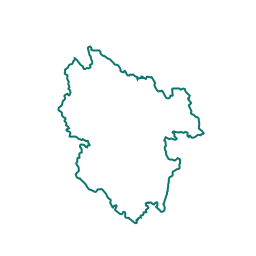 SVG path tracing the border of Gorno-Altay, rotated 58°
{"feature_id": "RUS-2400", "entity_name": "Gorno-Altay", "entity_type": "Republic", "adm_level": 1, "iso_a3": "RUS", "parent_name": "Russia", "parent_adm1": "", "projection": "equal_earth", "projection_center": [87.215, 50.869], "detail": "fine", "context": "isolated", "style": "outline", "palette": "teal", "viewbox_px": 256, "rotation_deg": 58, "n_neighbors": 0, "source": "natural_earth", "source_scale": "10m", "svg_char_len": 5838}
<svg xmlns="http://www.w3.org/2000/svg" viewBox="0 0 256 256"><g transform="rotate(58 128 128)"><path d="M154.8,193.7L151.7,194.0L145.8,195.6L145.2,195.5L144.7,196.5L144.3,196.8L143.2,197.3L142.0,197.5L139.6,196.9L139.1,195.8L138.5,193.0L138.0,192.2L135.5,190.9L134.6,190.7L132.0,190.9L131.2,190.8L130.4,190.5L130.1,190.1L130.0,189.2L126.9,186.9L126.7,186.4L127.0,185.7L127.5,185.3L127.5,184.9L124.3,183.2L123.9,182.5L123.9,181.6L124.2,180.2L121.4,178.6L120.7,178.4L118.6,178.7L117.9,178.3L117.3,177.7L117.0,177.1L117.2,176.6L117.6,175.8L118.8,174.5L119.4,174.1L121.5,173.8L122.7,172.9L121.6,171.8L121.6,171.3L122.2,170.1L122.2,169.6L121.9,169.5L119.9,169.6L118.6,169.0L117.6,169.0L117.2,169.5L116.9,170.4L116.3,171.0L115.7,171.0L114.9,171.7L113.4,172.4L113.7,173.2L113.5,173.9L112.9,174.1L110.9,175.7L109.0,176.2L107.2,177.3L105.4,180.7L104.2,182.0L103.0,180.8L102.2,179.8L101.0,179.5L99.6,180.0L98.2,181.2L97.6,181.4L97.1,181.3L96.7,180.8L97.0,178.2L95.1,178.1L92.9,179.1L92.5,178.9L91.6,177.9L91.0,177.7L90.4,177.7L88.7,178.2L88.2,178.0L87.8,177.5L87.4,176.4L87.0,176.0L86.4,175.9L84.4,177.1L82.7,177.3L81.9,177.1L80.6,176.3L79.9,176.0L78.6,176.3L77.3,177.0L76.1,177.4L74.9,176.8L74.0,175.6L73.8,172.5L73.1,171.4L71.1,169.5L70.6,168.8L70.3,166.8L69.9,165.9L69.2,165.5L67.4,165.1L66.8,164.6L66.7,163.6L66.8,161.3L68.5,161.0L69.0,160.8L69.1,160.2L67.5,158.0L65.5,157.3L64.9,157.2L63.3,157.8L62.9,157.6L62.2,156.1L61.9,155.8L61.4,155.6L59.7,155.6L58.8,155.1L57.4,153.7L55.1,153.7L54.1,153.5L53.2,153.0L52.3,152.1L51.2,151.4L49.0,152.7L47.9,152.6L47.1,151.5L45.4,150.8L45.1,150.1L45.1,147.5L44.5,146.2L43.7,145.1L43.3,143.9L44.0,141.8L43.9,141.0L43.6,140.4L42.6,139.4L42.1,137.6L41.1,136.5L40.7,136.3L41.3,135.9L43.6,135.3L49.1,134.8L52.0,133.6L53.4,134.1L54.6,134.1L55.2,133.3L55.3,131.5L55.4,131.1L56.6,129.7L56.8,129.0L56.7,128.2L56.5,127.6L56.2,127.3L54.4,126.9L54.3,126.5L54.5,125.3L54.5,124.6L54.2,124.1L53.7,123.7L52.7,123.2L49.1,122.5L47.6,121.7L46.0,122.0L38.9,119.7L38.6,119.3L38.6,117.3L38.9,116.8L40.6,116.7L41.3,116.9L42.2,117.7L42.8,117.5L43.7,116.6L47.1,111.2L48.9,111.0L50.1,111.8L50.5,111.9L53.4,111.0L53.9,110.6L54.1,110.0L58.6,108.2L60.4,106.8L62.4,106.5L64.9,105.8L66.7,105.8L67.1,105.6L68.7,103.7L69.3,103.3L71.6,103.0L73.7,103.1L74.6,103.4L75.4,104.0L76.1,104.1L77.9,102.9L78.2,102.6L78.3,101.8L77.8,100.9L78.0,100.4L78.6,100.3L82.1,100.6L83.4,100.3L84.1,99.2L83.7,98.3L83.8,97.9L84.7,97.0L85.4,95.3L87.4,94.8L88.6,94.1L89.5,93.2L89.9,93.2L90.8,93.9L91.8,94.1L91.5,93.6L91.6,92.3L92.3,91.2L92.1,90.7L92.9,90.0L93.1,89.6L91.7,89.1L92.2,88.6L93.7,88.1L95.8,86.9L94.5,84.9L94.6,84.5L95.2,83.8L96.8,82.4L97.1,81.8L97.2,81.1L97.8,81.0L104.1,81.1L104.5,81.3L104.7,82.1L105.0,82.4L106.2,83.0L107.6,83.3L110.7,83.4L112.4,83.1L113.3,82.6L113.6,81.3L114.4,80.5L114.2,79.7L114.6,79.3L116.0,79.2L119.0,79.6L121.0,79.5L122.4,79.7L122.9,79.5L124.2,78.3L124.4,77.8L124.4,76.4L123.4,75.5L123.1,75.0L123.2,74.5L124.1,73.4L124.1,72.9L120.0,70.7L118.8,70.3L118.3,69.7L118.2,69.2L121.1,64.4L121.7,63.6L123.0,63.2L123.6,62.7L123.6,62.3L123.5,61.4L123.6,60.7L124.6,59.5L125.3,59.1L126.6,59.7L128.4,59.8L133.3,58.5L135.0,60.6L134.7,61.2L135.1,61.6L136.2,61.7L139.8,61.2L140.3,61.3L140.5,61.7L140.9,63.4L140.9,64.2L141.1,64.5L147.2,65.3L147.8,65.6L148.5,66.5L148.9,66.8L150.0,66.6L151.9,65.2L154.7,64.6L155.8,63.3L157.6,63.1L159.4,64.2L160.3,64.4L161.5,65.0L163.3,66.0L164.4,67.2L166.1,68.1L167.3,67.8L169.4,66.9L172.5,66.6L172.8,67.3L172.2,69.3L172.6,69.9L172.7,70.3L170.9,72.1L171.1,76.4L170.9,77.4L170.4,78.7L169.9,79.1L167.5,79.4L167.1,79.8L167.1,80.2L167.9,81.2L166.6,81.7L165.8,81.6L163.9,80.1L163.6,80.1L162.8,80.5L162.1,81.1L161.7,81.8L161.5,82.2L161.7,83.0L161.0,84.1L159.8,84.7L159.4,85.1L159.1,86.8L157.1,89.3L155.1,91.0L155.0,91.9L155.4,92.5L157.3,91.8L158.3,92.2L159.5,93.1L162.6,92.3L162.9,92.4L163.2,92.9L163.0,94.1L162.6,94.7L160.0,96.7L159.6,97.2L159.5,98.4L159.2,99.0L155.8,101.0L157.7,103.7L158.0,103.9L158.8,103.4L159.3,103.4L162.9,105.2L163.3,105.5L163.4,106.5L163.7,106.9L165.3,108.0L168.0,108.3L171.1,109.8L175.5,110.0L176.9,109.2L178.2,107.2L180.3,105.8L180.3,103.7L179.8,102.0L180.0,101.6L182.3,100.6L185.1,102.3L186.2,103.8L189.1,105.3L189.4,105.7L189.6,106.5L188.8,108.7L189.0,110.9L188.8,113.2L189.3,113.8L191.3,114.8L191.8,115.4L192.1,116.7L191.8,118.0L191.8,118.7L192.4,120.0L193.1,120.6L195.6,122.1L196.7,123.4L200.1,125.9L200.8,126.8L202.6,127.8L203.1,129.0L204.7,129.9L205.9,131.7L207.8,133.8L208.9,135.3L210.8,137.2L211.2,138.3L214.0,138.7L215.6,139.4L216.1,139.8L217.1,141.0L217.3,141.6L217.4,142.5L217.0,143.8L216.4,144.4L214.3,144.7L209.9,146.0L209.6,145.6L209.7,144.8L209.4,144.3L207.4,142.9L206.6,142.7L206.2,143.1L206.0,144.9L206.2,145.4L206.8,146.3L206.7,146.5L205.3,147.5L204.0,147.7L203.0,148.3L202.8,149.0L202.8,149.7L202.7,150.1L201.9,150.4L201.6,150.7L201.7,151.8L201.3,152.6L201.3,152.8L201.5,153.0L203.2,153.7L203.6,153.7L204.5,152.8L206.5,153.0L206.8,153.6L206.8,155.4L207.0,156.1L207.6,156.7L209.1,157.0L209.1,157.5L208.0,158.9L207.9,159.4L208.5,160.2L209.4,160.7L209.6,161.0L209.7,162.1L209.1,163.1L209.1,163.6L209.4,164.1L210.6,164.6L210.3,164.8L210.2,165.1L210.0,167.1L210.9,168.1L210.9,168.5L210.4,168.9L210.4,169.3L210.8,169.8L212.8,170.6L213.1,171.3L212.8,171.9L212.2,172.4L210.2,173.3L207.2,174.2L205.9,174.9L204.8,174.9L203.5,176.7L202.7,177.4L201.7,177.4L200.8,176.9L199.0,175.5L197.9,175.3L197.0,175.8L196.7,176.7L197.5,177.8L197.9,178.8L197.3,179.7L196.2,180.5L191.7,182.1L190.5,182.3L190.1,182.1L188.4,179.2L187.8,178.9L187.2,179.1L186.9,179.5L186.8,181.6L187.5,182.9L187.3,183.1L181.9,182.7L180.5,181.2L180.0,180.9L179.4,180.8L177.1,181.9L175.1,182.0L172.1,181.5L166.6,182.4L165.8,182.8L165.5,183.3L165.0,184.6L164.0,186.2L165.1,188.6L164.9,189.6L163.8,190.5L161.4,191.8L159.8,193.3L159.2,193.6L156.0,194.0L154.8,193.7Z" fill="none" stroke="#0f766e" stroke-width="2"/></g></svg>